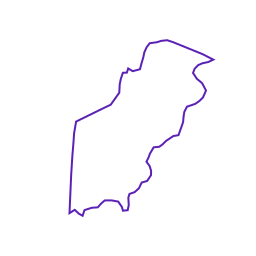 the district of Salgadinho, Pernambuco, Brazil, rotated 302°
{"feature_id": "56859067B89944489210843", "entity_name": "Salgadinho", "entity_type": "district", "adm_level": 2, "iso_a3": "BRA", "parent_name": "Brazil", "parent_adm1": "Pernambuco", "projection": "robinson", "projection_center": [-35.592, -7.913], "detail": "fine", "context": "isolated", "style": "outline", "palette": "violet", "viewbox_px": 256, "rotation_deg": 302, "n_neighbors": 0, "source": "geoboundaries", "source_scale": "gbopen_adm2", "svg_char_len": 1077}
<svg xmlns="http://www.w3.org/2000/svg" viewBox="0 0 256 256"><g transform="rotate(302 128 128)"><path d="M24.8,123.5L30.4,126.2L29.3,131.6L29.5,136.0L35.3,134.6L41.1,139.5L44.7,144.4L49.4,145.2L54.2,146.6L57.9,152.4L60.4,158.7L57.8,164.7L55.2,167.5L58.1,171.3L63.0,169.5L69.1,165.2L72.9,164.2L77.1,167.6L82.7,169.2L89.0,168.5L93.2,172.3L100.2,172.5L103.9,170.3L107.2,166.5L109.2,161.5L113.5,161.1L118.0,160.2L125.2,160.0L128.7,164.5L132.5,166.0L137.2,167.1L140.7,168.7L145.2,170.7L148.7,174.6L157.8,172.6L162.2,171.6L167.1,169.1L171.6,167.2L177.3,166.7L184.2,172.3L188.7,174.2L193.6,175.4L201.1,174.3L205.3,167.1L206.2,160.4L209.1,154.0L213.6,153.1L218.5,154.2L222.2,156.7L226.5,161.1L231.2,164.1L230.1,151.8L227.6,137.5L224.7,120.8L223.2,114.7L219.5,110.0L216.1,107.1L211.4,101.5L206.6,101.0L201.0,101.7L195.8,103.6L190.3,105.1L184.2,107.0L178.7,101.9L178.6,96.6L174.4,97.7L172.1,94.4L165.8,95.9L160.7,97.8L153.3,101.9L138.6,101.0L130.6,95.9L110.0,83.1L105.9,80.6L94.9,85.1L88.2,88.7L74.3,95.9L57.5,105.0L24.8,123.5Z" fill="none" stroke="#5b21b6" stroke-width="2"/></g></svg>